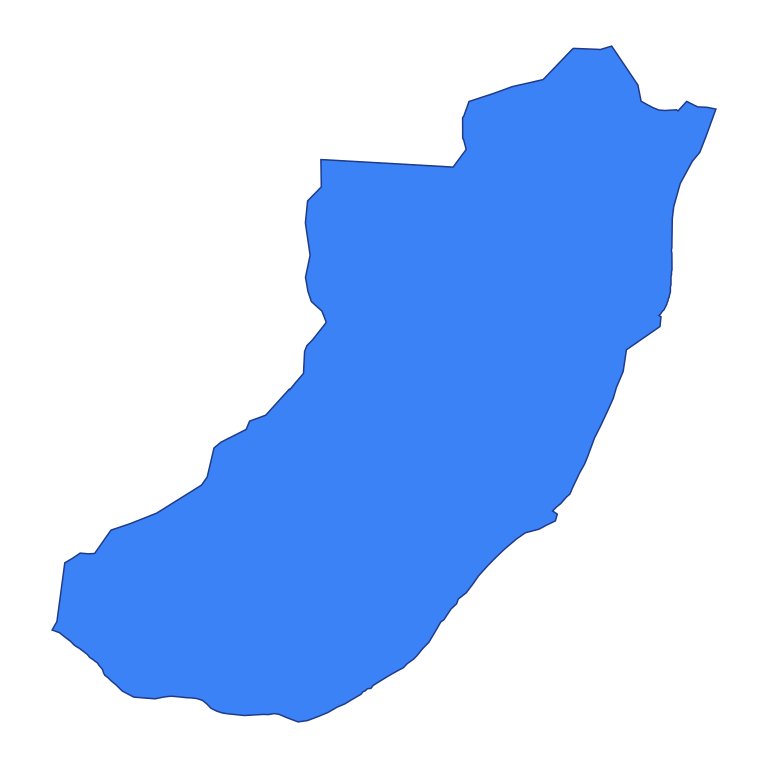 Malem, Kosrae, Federated States of Micronesia
{"feature_id": "79324940B17785704243274", "entity_name": "Malem", "entity_type": "district", "adm_level": 2, "iso_a3": "FSM", "parent_name": "Federated States of Micronesia", "parent_adm1": "Kosrae", "projection": "orthographic", "projection_center": [163.014, 5.285], "detail": "fine", "context": "isolated", "style": "filled", "palette": "blue", "viewbox_px": 768, "rotation_deg": 0, "n_neighbors": 0, "source": "geoboundaries", "source_scale": "gbopen_adm2", "svg_char_len": 3585}
<svg xmlns="http://www.w3.org/2000/svg" viewBox="0 0 768 768"><path d="M320.9,159.6L321.3,186.9L307.6,200.9L305.4,222.9L310.1,255.3L305.5,277.3L307.9,291.2L311.2,301.1L311.4,301.4L311.7,301.9L321.5,310.7L321.9,311.1L325.9,321.3L326.0,321.6L326.0,322.1L326.0,322.5L325.9,322.9L325.6,323.3L312.6,339.8L306.9,345.6L304.6,351.4L303.5,373.4L295.5,382.7L289.9,389.6L289.4,389.1L287.8,390.8L265.7,415.2L249.6,421.1L246.2,429.4L220.9,442.2L214.0,448.0L207.2,477.0L201.5,485.1L156.7,513.1L130.3,523.6L111.0,530.1L110.8,530.4L110.3,531.1L94.6,553.5L88.4,553.8L80.2,553.1L72.5,558.3L64.8,562.8L60.3,596.4L56.9,621.6L52.1,630.0L59.5,632.7L64.8,637.0L70.3,641.1L73.9,644.8L76.2,646.5L79.3,648.3L82.2,650.5L87.3,654.4L89.8,657.5L92.8,659.4L95.0,661.2L97.6,663.1L99.1,665.5L100.6,667.1L102.6,669.7L103.5,672.7L104.8,675.3L107.9,677.6L110.9,680.6L116.3,685.1L122.2,691.0L133.7,697.1L144.5,698.0L155.1,698.8L163.8,697.0L170.9,696.2L177.5,696.7L183.6,697.4L186.8,697.7L191.4,697.9L197.1,698.6L202.5,700.4L206.7,703.8L211.0,708.3L216.9,711.2L222.5,713.0L227.9,713.8L244.4,715.5L263.5,714.4L268.2,714.6L274.3,713.6L279.0,714.3L286.9,717.7L298.1,721.9L307.3,720.6L316.7,717.1L327.7,712.6L337.4,707.0L345.0,703.8L349.2,701.2L354.6,698.0L361.0,694.3L362.8,691.9L365.2,690.8L367.5,688.7L370.9,688.4L373.2,685.4L375.3,684.1L379.9,681.2L386.9,676.9L392.7,673.5L398.6,670.2L403.3,667.8L407.3,663.6L413.7,659.0L417.1,655.5L422.6,648.7L428.8,642.4L435.9,630.5L440.8,621.9L443.8,619.9L451.0,609.0L456.6,603.8L458.3,599.0L466.2,592.8L473.2,583.6L478.6,575.8L487.9,565.5L492.9,560.4L497.1,556.2L504.2,549.4L516.7,538.8L525.3,532.8L539.0,529.2L546.4,525.2L555.4,520.9L557.3,514.1L552.6,511.0L556.5,507.0L560.9,503.4L566.1,497.4L570.0,493.9L572.4,488.1L575.2,482.2L579.8,472.5L584.5,464.2L587.1,458.0L588.6,454.0L594.5,438.0L600.9,425.3L608.5,409.0L613.2,398.5L616.4,387.5L623.0,371.9L623.2,371.2L624.6,362.1L626.4,349.8L639.2,340.9L649.6,333.7L660.0,326.5L661.0,316.8L658.9,315.5L659.7,314.8L660.1,314.3L660.8,313.6L661.1,313.3L661.2,313.0L661.7,312.2L662.2,311.6L662.7,311.0L663.3,310.4L663.9,309.8L664.4,309.1L664.6,308.7L664.8,308.2L665.1,307.5L665.5,306.8L665.8,306.3L666.0,305.9L666.3,305.2L666.7,304.4L666.9,304.0L666.9,303.7L667.0,303.0L667.2,302.4L667.6,301.7L667.9,301.0L668.0,300.6L668.1,300.2L668.2,299.5L668.3,298.9L668.6,298.2L669.0,297.5L669.2,297.1L669.2,296.7L669.3,296.0L669.5,295.4L669.6,294.7L669.8,294.1L669.9,293.5L670.2,292.9L670.3,292.4L670.4,292.1L670.4,291.4L670.4,290.9L670.4,287.4L670.4,286.7L670.6,286.1L670.9,285.4L671.0,284.7L671.0,284.2L671.0,283.5L671.0,277.2L671.0,276.5L671.1,276.1L671.3,275.5L671.4,275.0L671.5,274.7L671.5,274.0L671.5,273.5L671.5,272.3L671.5,271.6L671.7,271.0L671.9,270.4L672.0,269.7L672.0,269.1L672.0,268.5L671.9,253.4L671.9,252.9L671.7,252.4L671.5,251.9L671.5,251.4L671.5,250.8L671.4,250.3L671.5,249.6L671.6,249.0L671.8,248.3L671.9,247.7L671.9,247.1L671.9,246.5L671.9,244.4L672.3,218.6L673.7,206.8L680.2,183.6L692.3,161.3L699.8,152.3L705.9,136.7L715.9,109.1L707.6,107.4L706.2,107.3L705.4,107.2L699.9,107.0L697.6,106.9L686.7,101.4L678.0,110.9L676.6,109.8L664.9,110.5L658.8,110.0L652.8,107.6L645.9,103.9L641.1,101.2L637.9,85.0L634.9,80.6L611.7,46.1L600.8,49.4L599.7,49.6L599.2,49.4L598.8,49.4L574.0,48.4L573.7,48.4L573.2,48.5L572.8,48.8L572.5,49.0L543.4,79.3L543.1,79.5L542.6,79.7L512.0,86.7L492.5,93.8L480.8,97.6L469.0,101.5L463.7,116.4L463.4,116.6L463.1,116.9L462.9,117.2L462.7,117.7L462.6,118.2L462.7,137.9L462.8,138.4L462.9,138.8L463.2,139.2L463.6,139.6L466.2,149.4L453.1,167.1L325.5,159.8L320.9,159.6Z" fill="#3b82f6" stroke="#1e3a8a" stroke-width="1.5"/></svg>